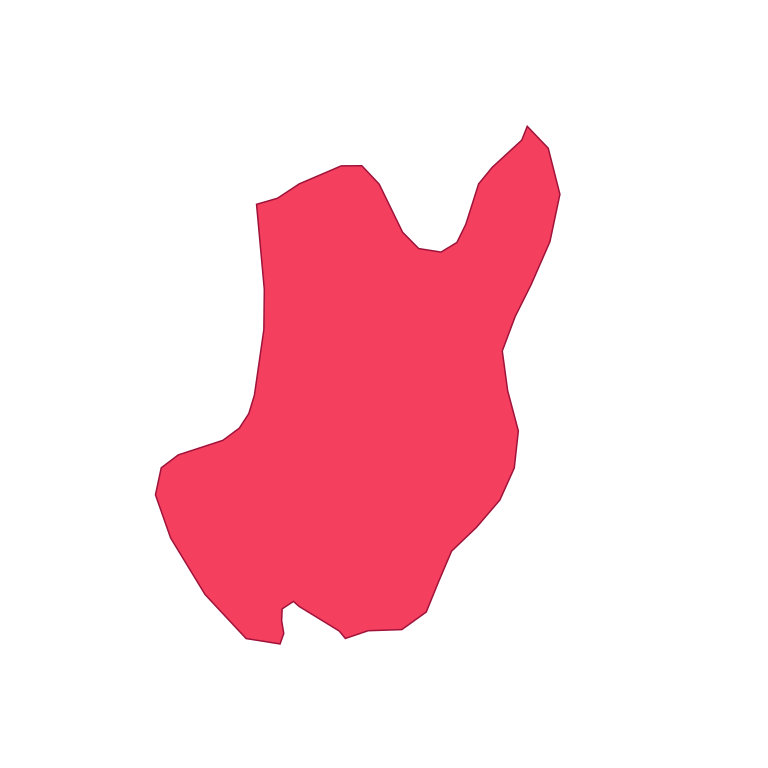 SVG path tracing the border of Balakən, rotated 329°
{"feature_id": "AZE-1723", "entity_name": "Balakən", "entity_type": "District", "adm_level": 1, "iso_a3": "AZE", "parent_name": "Azerbaijan", "parent_adm1": "", "projection": "mercator", "projection_center": [46.43, 41.723], "detail": "fine", "context": "isolated", "style": "filled", "palette": "rose", "viewbox_px": 768, "rotation_deg": 329, "n_neighbors": 0, "source": "natural_earth", "source_scale": "10m", "svg_char_len": 795}
<svg xmlns="http://www.w3.org/2000/svg" viewBox="0 0 768 768"><g transform="rotate(329 384 384)"><path d="M367.3,164.3L388.3,169.9L414.6,168.8L459.7,175.0L477.4,185.5L482.8,210.3L478.1,263.5L483.5,285.8L500.8,300.3L519.4,300.2L536.4,289.2L568.2,261.2L588.3,254.0L627.7,245.9L639.5,236.9L646.2,266.5L632.5,312.0L599.5,347.5L561.6,374.4L531.1,393.8L502.4,416.6L486.6,453.3L475.0,493.4L452.4,523.1L423.6,543.1L389.4,554.5L355.8,562.1L329.6,581.1L302.8,601.2L272.8,603.7L243.3,587.3L219.8,582.2L218.4,572.7L196.7,531.0L194.4,523.7L180.9,524.3L174.4,534.1L169.6,546.2L161.0,553.3L134.7,531.2L122.2,472.4L121.8,406.1L131.0,361.3L149.9,341.1L171.2,338.8L216.9,349.3L237.3,347.3L252.9,339.7L267.1,326.9L309.1,275.4L330.1,241.3L367.3,164.3Z" fill="#f43f5e" stroke="#9f1239" stroke-width="1.5"/></g></svg>